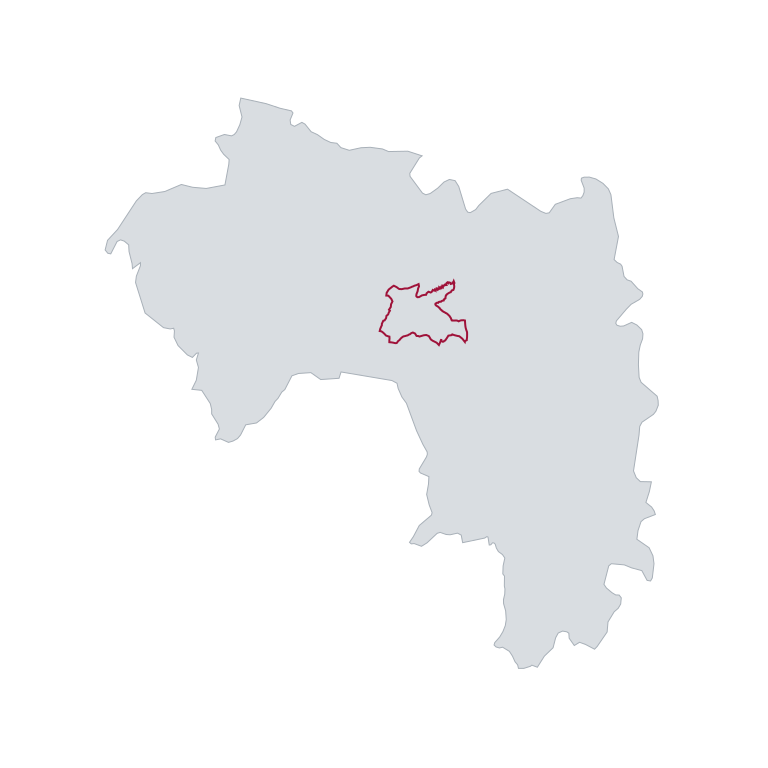 location of Dabola, Dabola, Guinea, rotated 10°
{"feature_id": "49546643B93693461345641", "entity_name": "Dabola", "entity_type": "district", "adm_level": 2, "iso_a3": "GIN", "parent_name": "Guinea", "parent_adm1": "Dabola", "projection": "natural_earth1", "projection_center": [-10.933, 10.773], "detail": "fine", "context": "in_parent", "style": "outline", "palette": "rose", "viewbox_px": 768, "rotation_deg": 10, "n_neighbors": 0, "source": "geoboundaries", "source_scale": "gbopen_adm2", "svg_char_len": 7576}
<svg xmlns="http://www.w3.org/2000/svg" viewBox="0 0 768 768"><g transform="rotate(10 384 384)"><path d="M471.3,521.4L465.1,520.4L462.3,521.8L454.0,532.9L449.1,537.3L441.4,535.9L438.6,536.7L436.6,535.5L439.4,529.3L443.3,517.2L453.5,504.9L453.7,502.3L449.5,495.2L445.2,485.4L445.2,475.0L444.3,467.4L435.4,465.3L433.7,464.0L433.5,461.5L438.5,448.4L438.9,445.7L438.3,443.4L432.8,436.7L424.2,424.4L409.4,399.0L403.9,393.7L398.7,385.9L396.7,381.0L391.2,379.2L339.6,379.6L338.7,386.2L320.9,390.6L310.0,385.5L297.9,388.5L291.9,391.9L287.3,406.7L284.7,409.8L282.1,416.5L279.7,420.1L277.1,427.4L271.3,437.8L265.2,444.5L254.9,448.2L251.6,459.1L249.2,463.2L245.2,466.4L241.0,468.5L232.6,466.4L227.8,468.3L227.0,465.6L229.7,456.9L227.6,452.4L219.5,443.4L218.7,439.0L216.3,433.4L205.6,421.9L195.7,422.6L198.5,412.9L198.4,399.9L195.0,392.9L195.9,385.7L194.0,386.2L190.7,391.1L185.3,389.5L174.5,381.9L169.1,374.4L168.4,368.1L167.2,365.6L163.9,366.9L157.1,366.8L136.4,355.6L121.7,327.2L121.4,320.8L123.6,309.8L123.1,306.8L116.3,314.1L115.0,309.2L109.9,297.8L108.4,291.3L103.4,288.4L99.5,287.8L96.4,290.0L92.3,303.3L89.3,303.2L86.1,300.4L86.8,290.5L94.8,278.1L108.3,246.7L113.1,239.5L116.1,237.0L122.4,236.7L134.7,232.5L149.8,222.7L161.4,223.5L175.0,222.3L192.8,215.6L193.0,194.5L192.5,189.8L186.2,185.6L182.5,182.0L179.3,177.3L175.5,174.0L175.6,170.5L183.5,166.0L190.8,166.1L193.2,164.3L195.0,161.3L197.0,153.7L197.8,145.7L193.0,134.9L193.3,127.3L219.4,128.4L233.7,130.5L245.4,131.1L247.3,132.9L245.7,140.3L247.1,144.6L251.1,145.8L257.7,140.6L261.1,141.8L268.4,148.2L275.2,150.0L282.6,153.5L289.6,155.4L295.8,155.1L300.5,158.7L309.2,159.9L320.4,155.3L329.3,153.3L341.7,152.8L348.1,154.3L367.0,150.6L381.9,152.7L379.6,155.2L372.8,172.1L373.6,175.0L388.7,189.3L392.3,190.4L396.4,188.4L402.9,181.8L408.0,174.7L412.9,171.2L418.7,171.4L423.3,176.5L434.0,197.6L436.7,200.3L439.3,200.2L444.0,196.3L446.4,191.7L456.4,177.7L471.8,170.7L508.4,186.7L513.8,187.9L517.0,186.7L521.5,177.3L535.3,169.2L541.9,167.0L545.7,166.7L547.1,164.1L547.8,160.3L547.1,156.3L542.8,149.1L542.7,147.0L545.1,145.6L550.3,144.6L557.1,145.3L564.8,148.4L571.1,152.9L574.6,158.2L581.5,180.5L589.3,198.0L589.0,221.5L592.4,223.8L596.2,224.9L598.0,226.7L601.7,236.4L605.3,239.2L609.5,239.9L617.4,246.1L622.5,248.5L623.3,250.4L623.1,252.9L621.1,256.2L613.5,262.6L609.7,268.2L601.9,281.5L601.7,284.0L603.3,285.7L606.6,286.1L610.0,285.2L617.2,280.3L622.8,282.0L628.3,285.7L630.3,289.6L630.8,294.6L629.6,301.1L629.4,308.4L631.2,320.8L634.1,333.2L636.9,337.7L655.1,348.6L656.8,352.7L657.8,357.3L656.5,363.6L654.6,367.1L644.7,376.8L643.2,381.4L644.0,390.0L644.8,426.3L648.7,432.5L653.4,435.6L664.3,433.9L664.0,443.9L662.5,455.2L668.9,458.7L672.1,462.1L673.9,465.4L663.9,471.4L661.0,474.9L659.6,484.3L660.0,493.0L673.5,499.2L678.7,506.5L681.1,514.1L681.9,528.4L680.7,531.7L677.2,531.7L670.3,523.0L659.9,522.1L652.1,520.4L639.1,521.5L636.9,524.1L635.4,543.1L638.5,546.3L644.7,549.9L648.8,551.5L652.2,551.0L654.8,553.4L655.3,559.6L653.6,564.2L650.2,568.4L645.9,579.4L646.8,589.5L639.5,605.5L637.4,608.6L627.7,605.5L621.4,604.4L616.8,608.5L610.5,602.2L609.3,597.3L607.0,596.3L602.8,596.3L598.8,599.0L597.1,604.1L596.3,614.4L589.2,624.1L584.2,636.3L578.4,635.2L577.2,636.6L571.0,639.8L565.8,640.7L564.4,637.4L561.3,634.8L557.8,629.7L553.9,625.5L546.5,622.6L543.5,623.9L540.0,623.5L537.7,621.9L538.0,619.4L541.9,613.0L544.1,607.2L545.4,600.9L545.3,594.8L543.2,586.3L539.9,579.5L539.1,575.6L539.4,570.0L538.7,564.8L537.6,562.1L536.0,552.2L534.0,550.4L532.9,542.5L533.2,534.4L530.3,531.4L525.8,529.2L523.1,526.0L521.4,522.5L519.8,521.4L518.4,521.6L517.1,523.8L515.6,524.3L513.0,516.7L511.8,516.4L510.0,518.2L489.0,526.6L486.3,519.4L482.3,518.1L475.3,521.0L471.3,521.4Z" fill="#d9dde1" stroke="#a8b0b8" stroke-width="1"/><path d="M456.3,328.5L456.3,327.6L457.9,326.5L457.8,325.6L457.7,323.7L457.3,321.1L456.8,318.5L455.7,316.6L454.7,314.6L454.1,312.9L453.6,311.1L452.9,308.3L452.7,307.4L451.1,307.4L449.3,307.8L448.2,308.2L447.0,309.0L446.7,309.3L445.4,308.9L444.1,308.9L442.2,309.3L440.0,309.7L439.7,309.6L439.6,309.2L439.3,309.0L439.2,308.7L438.9,308.4L438.7,308.1L438.6,307.8L438.4,307.5L438.1,307.2L437.9,306.9L437.7,306.7L437.4,306.5L437.2,306.2L436.8,305.7L436.4,305.5L436.2,305.3L436.0,305.2L435.7,305.0L435.4,304.7L435.1,304.6L434.9,304.4L434.6,304.3L434.4,304.1L434.2,304.0L433.9,303.8L433.7,303.7L433.3,303.6L433.1,303.5L432.8,303.4L432.4,303.4L432.1,303.2L431.9,303.1L431.6,303.0L431.3,302.9L431.1,302.8L430.3,302.6L430.2,302.6L429.5,302.3L429.3,302.1L428.9,302.1L428.7,301.9L428.4,301.7L428.1,301.5L427.8,301.2L427.6,301.2L427.4,301.1L427.2,301.0L427.0,300.8L426.8,300.8L426.6,300.6L426.3,300.3L425.9,300.0L425.8,299.7L425.5,299.6L425.2,299.4L425.0,299.2L424.7,299.1L424.5,298.9L424.2,298.7L423.7,298.4L423.3,298.3L423.0,298.2L422.7,298.0L422.3,297.9L421.9,297.7L421.6,297.6L421.4,297.3L421.0,297.1L420.8,296.8L420.7,296.5L420.7,296.1L420.8,295.8L421.1,295.6L421.4,295.4L421.7,295.1L422.0,294.8L422.5,294.7L422.8,294.7L423.2,294.7L423.3,294.5L423.4,294.3L423.5,293.9L423.9,293.6L424.2,293.4L424.5,293.4L424.9,293.4L425.3,293.1L425.5,293.0L426.0,292.9L426.1,292.6L426.5,292.2L426.8,292.0L427.3,291.8L427.5,291.7L427.8,291.6L428.2,291.4L428.1,291.2L428.2,290.7L428.5,290.4L428.6,289.9L429.0,289.7L429.2,289.4L429.6,289.0L429.7,288.7L429.5,288.3L429.5,287.9L429.5,287.5L429.5,286.9L429.5,286.5L429.9,286.0L429.8,285.6L430.0,285.3L430.2,284.9L431.6,283.5L432.8,282.5L433.8,282.0L434.5,280.1L435.3,279.7L436.0,279.3L436.3,277.6L436.3,276.1L436.1,275.2L435.7,274.0L435.5,272.7L435.8,272.3L434.8,270.6L434.5,272.1L433.9,272.2L433.8,273.2L432.3,273.9L431.6,272.8L430.2,272.6L429.9,273.0L429.7,273.6L428.8,272.9L428.1,273.8L427.7,274.8L428.3,275.7L427.2,276.0L426.5,275.7L426.2,276.2L425.9,276.9L425.7,277.3L425.2,277.1L425.2,278.0L424.6,277.7L424.8,278.5L424.2,278.2L424.0,279.3L423.3,278.7L423.0,279.5L422.5,279.3L422.4,280.1L421.7,279.6L421.9,280.6L421.2,281.3L420.6,280.6L420.1,280.6L420.0,281.7L419.1,281.1L419.0,282.0L418.2,282.0L418.4,282.9L417.6,282.4L417.5,283.3L417.1,283.4L415.7,282.9L415.0,285.0L414.1,285.8L411.8,285.4L411.5,285.7L411.2,286.1L410.2,287.3L410.0,288.8L408.1,289.3L405.9,290.2L404.8,291.2L403.3,292.4L401.8,292.7L400.7,292.1L400.4,291.1L400.4,289.7L401.0,286.8L401.0,284.0L401.5,281.7L400.7,279.6L398.8,281.0L396.9,281.9L395.9,282.7L394.6,283.4L394.0,283.9L390.8,285.8L387.9,286.3L385.0,287.5L382.6,287.8L381.9,287.6L379.6,286.4L376.6,285.5L375.3,286.7L372.2,290.2L370.8,293.7L370.9,296.5L373.0,296.3L376.4,298.9L378.0,301.2L377.1,304.2L377.3,307.0L376.0,310.0L377.1,310.8L376.3,312.8L376.0,314.8L374.6,316.4L374.6,318.9L373.5,321.3L372.3,321.8L371.5,324.9L371.4,325.2L371.7,326.3L371.2,328.2L370.7,330.4L370.6,332.6L372.3,332.6L373.8,333.3L375.7,334.5L377.5,335.9L379.6,336.3L381.1,336.4L381.5,338.0L381.7,340.2L382.0,341.9L383.2,341.8L384.3,341.7L385.1,341.7L386.1,341.7L387.3,341.8L388.0,341.8L388.7,341.7L389.1,341.5L389.4,341.4L389.5,341.3L389.9,340.6L390.1,339.8L390.8,338.9L391.7,337.9L392.5,336.4L393.6,335.0L394.8,333.8L396.3,333.2L397.9,332.4L398.9,332.0L399.0,331.9L399.5,331.4L400.1,330.9L400.5,330.7L400.9,330.5L401.0,330.4L401.3,330.0L402.1,329.1L403.2,328.5L403.5,328.3L405.8,328.9L406.8,330.0L407.7,331.0L409.4,330.8L410.7,331.1L414.7,329.1L417.1,328.4L419.8,329.0L420.2,329.4L422.4,332.0L424.3,332.9L426.4,333.5L428.7,334.2L431.3,336.1L432.0,333.5L432.6,329.9L433.2,331.8L433.3,331.8L434.3,332.2L435.3,331.9L435.9,331.0L436.7,330.5L438.0,327.7L439.0,325.2L442.2,324.1L442.6,323.3L445.0,323.7L448.0,323.9L449.9,323.9L453.3,325.8L456.3,328.5Z" fill="none" stroke="#9f1239" stroke-width="2"/></g></svg>